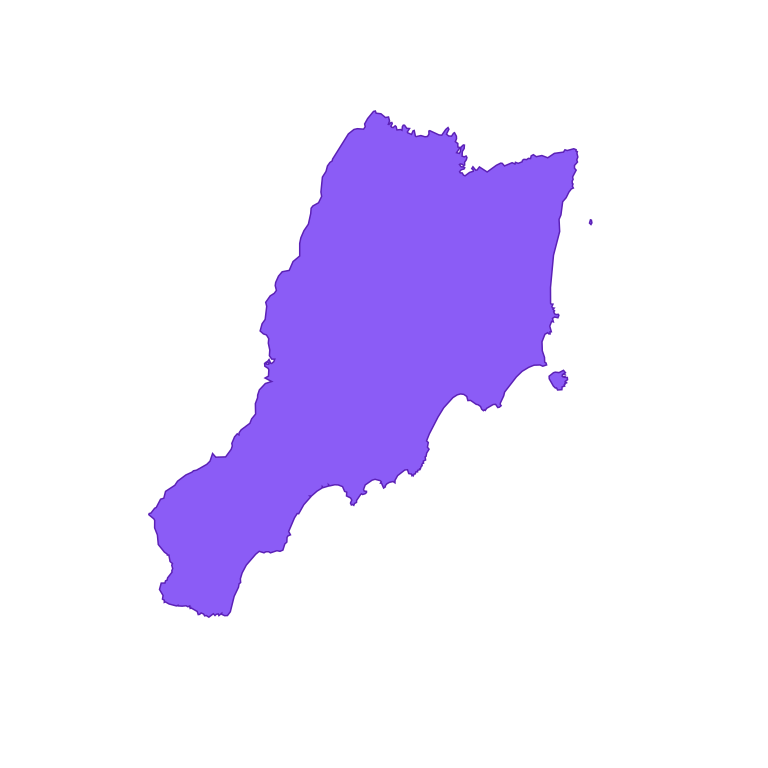 the district of Puerto Lopez, Manabi, Ecuador, rotated 210°
{"feature_id": "8360857B39062181944850", "entity_name": "Puerto Lopez", "entity_type": "district", "adm_level": 2, "iso_a3": "ECU", "parent_name": "Ecuador", "parent_adm1": "Manabi", "projection": "natural_earth1", "projection_center": [-80.786, -1.546], "detail": "fine", "context": "isolated", "style": "filled", "palette": "violet", "viewbox_px": 768, "rotation_deg": 210, "n_neighbors": 0, "source": "geoboundaries", "source_scale": "gbopen_adm2", "svg_char_len": 6145}
<svg xmlns="http://www.w3.org/2000/svg" viewBox="0 0 768 768"><g transform="rotate(210 384 384)"><path d="M403.2,109.9L407.6,125.2L408.4,135.3L409.6,138.4L408.9,140.4L411.0,143.5L412.4,149.5L412.7,158.3L410.0,172.4L408.4,176.7L403.5,177.8L402.5,179.6L400.0,181.1L397.9,181.0L393.4,186.1L390.4,187.1L388.5,189.6L389.9,195.8L389.1,198.5L391.3,202.7L391.2,204.5L389.6,206.6L392.8,208.6L394.6,223.3L394.4,228.4L393.0,229.0L393.1,239.4L391.0,249.7L392.2,249.9L390.8,250.8L388.4,257.8L385.6,263.0L386.2,264.3L384.9,263.8L380.9,268.0L381.7,269.0L380.1,268.6L376.3,272.1L373.2,273.7L368.6,274.4L364.4,271.3L362.2,271.7L360.5,268.3L356.0,268.6L353.9,267.4L353.5,264.1L351.8,262.9L351.0,263.9L349.5,263.8L349.8,265.8L348.6,267.7L349.5,269.4L349.0,276.6L348.5,277.7L347.3,277.6L345.5,279.5L344.9,281.2L345.5,282.3L347.6,281.4L349.0,282.5L349.8,287.2L346.2,294.8L344.1,297.0L339.0,298.4L337.5,298.0L337.5,296.4L336.5,296.8L332.3,293.7L331.4,295.6L332.0,296.5L331.6,299.0L330.1,301.6L327.3,304.1L325.1,303.9L326.3,306.1L326.4,311.5L323.0,319.9L320.8,321.5L317.8,318.8L315.3,319.7L314.1,318.7L314.0,319.4L312.8,319.0L312.9,321.1L312.0,321.8L312.4,323.9L311.0,324.7L311.7,326.0L310.1,327.8L310.7,328.4L310.1,328.8L310.6,331.3L310.1,332.3L311.0,333.2L310.8,335.0L310.2,335.2L311.4,336.9L310.0,339.0L311.9,341.4L311.4,342.4L312.5,345.5L312.4,350.1L314.8,351.0L316.4,355.5L318.7,356.0L319.8,363.5L320.7,382.5L320.4,393.3L317.5,406.7L315.1,411.3L312.7,413.7L309.7,414.9L306.1,414.6L303.1,411.6L300.8,413.1L294.0,412.5L292.1,413.1L289.2,412.8L286.8,411.0L284.6,410.6L284.2,411.7L283.1,411.7L282.9,414.3L279.2,420.8L277.2,422.2L273.7,420.5L272.5,421.6L271.7,423.8L273.2,424.5L273.7,425.7L274.4,433.6L275.5,437.3L272.9,456.4L270.7,464.1L267.0,470.8L263.5,475.3L258.4,478.5L255.4,478.8L252.7,481.8L254.1,483.2L255.8,483.3L258.3,487.3L263.5,491.9L268.3,499.6L269.5,507.5L267.9,510.3L266.3,509.8L265.2,510.4L266.3,512.1L265.2,512.9L269.4,517.0L270.1,522.1L268.4,522.5L270.9,525.0L269.8,527.3L266.5,528.3L266.9,531.0L267.9,531.5L269.9,530.1L271.4,530.1L273.2,531.4L272.9,532.6L275.0,533.2L274.6,534.8L276.2,534.2L277.3,534.9L277.6,537.6L279.3,536.8L280.1,537.2L288.0,550.7L301.6,580.3L308.1,603.9L314.7,614.1L315.3,618.9L320.4,631.2L319.4,636.4L319.8,642.7L319.3,646.6L318.0,648.4L319.8,649.5L320.3,651.7L321.0,651.6L322.5,653.8L322.5,655.7L324.2,657.6L324.5,665.3L326.9,666.1L328.3,668.5L327.4,673.0L329.1,674.4L329.6,677.5L332.4,680.4L332.7,681.9L334.3,681.8L334.8,683.0L337.3,682.6L342.1,677.8L344.4,677.3L344.5,674.6L351.8,668.9L355.3,661.8L361.5,660.8L365.8,657.0L369.3,657.3L370.6,655.2L369.8,652.5L371.8,651.6L372.6,649.7L375.2,648.5L375.9,647.0L375.5,645.5L378.1,642.2L381.0,641.7L380.6,640.0L383.7,639.7L388.7,633.1L392.0,634.2L393.4,633.6L396.0,629.7L400.7,619.2L409.9,619.7L410.4,615.9L411.4,615.0L415.6,616.6L415.7,614.4L413.7,614.0L413.1,612.8L415.7,610.0L417.9,604.8L419.6,604.6L421.8,605.9L423.5,605.0L424.7,605.6L424.2,608.2L422.2,610.2L422.2,611.7L423.3,611.9L425.9,610.7L428.4,611.8L427.9,612.8L426.0,613.4L424.4,613.0L423.6,613.9L425.1,616.4L424.8,619.3L425.4,621.6L426.9,622.5L428.1,620.8L430.3,620.4L432.4,624.5L432.3,628.0L433.8,631.1L434.8,630.7L435.8,627.6L434.1,623.3L434.1,621.3L436.8,620.6L436.5,626.7L438.6,626.2L440.3,629.2L443.4,629.5L443.8,632.6L445.2,634.8L448.6,636.9L449.2,635.9L449.4,632.4L452.0,631.1L454.8,631.6L455.2,637.1L456.8,638.1L457.8,635.3L458.4,628.3L461.0,627.2L471.0,626.3L471.6,625.5L470.0,622.8L470.1,620.1L472.1,618.6L476.3,617.6L479.9,614.3L480.8,614.4L484.6,618.7L485.4,617.8L485.0,613.9L489.0,613.4L489.8,613.9L489.6,618.0L492.1,616.8L495.6,618.4L496.7,617.8L496.8,616.2L495.3,612.7L497.0,612.6L499.8,610.5L502.2,613.0L503.4,613.2L504.3,610.7L505.6,610.2L506.9,610.7L507.0,613.5L507.9,614.4L508.7,613.9L509.5,611.2L510.1,611.0L510.7,614.6L513.6,617.5L516.0,615.5L521.8,616.5L526.2,614.6L528.0,616.1L529.4,614.8L530.9,605.7L530.8,599.5L528.9,597.4L529.1,594.5L534.7,591.8L537.3,589.4L539.9,582.8L541.0,553.0L540.4,551.4L541.6,548.8L542.0,544.6L540.5,539.1L540.8,532.4L534.6,518.7L531.8,515.3L531.3,508.2L534.6,502.7L535.0,499.8L532.7,495.0L529.4,484.6L530.0,476.7L529.1,469.0L527.3,463.6L521.0,452.7L524.0,444.6L522.9,435.0L528.3,430.3L529.3,424.7L528.6,417.8L527.4,414.8L524.0,411.3L524.4,407.6L526.6,403.5L527.3,395.6L524.4,392.6L519.2,380.5L519.7,375.2L517.8,368.0L513.5,367.1L510.3,367.7L506.5,365.6L504.6,361.5L499.9,356.3L497.4,351.2L493.7,349.4L491.0,350.9L490.6,348.1L491.6,345.6L492.5,345.3L495.8,347.7L496.2,344.6L493.9,344.6L493.7,343.4L495.8,342.4L497.0,343.9L497.7,342.1L496.1,339.8L492.1,339.6L490.8,338.6L488.0,333.1L490.0,329.7L482.5,330.0L487.0,325.1L489.0,316.6L487.9,311.3L486.6,308.8L485.6,302.7L480.2,293.8L481.2,287.6L480.5,282.9L484.8,272.9L485.1,269.5L484.2,267.4L486.2,267.5L487.0,263.5L486.1,256.5L484.4,254.5L483.7,251.1L484.7,241.7L493.1,236.5L497.7,238.1L496.1,230.2L497.3,225.8L503.3,215.6L505.6,213.6L506.3,211.5L510.1,206.2L514.2,196.6L514.5,191.7L519.5,181.8L517.6,175.0L519.9,172.5L519.5,163.2L520.5,161.7L521.3,155.7L522.6,154.4L522.3,153.2L515.8,152.1L514.4,151.2L510.7,144.7L504.8,140.0L499.2,132.1L490.1,128.6L486.9,128.3L486.1,127.5L484.8,128.3L480.5,123.3L477.4,122.7L477.2,120.9L474.7,118.5L474.4,116.2L473.5,115.0L474.5,108.0L473.8,105.7L474.8,104.3L474.2,102.1L477.4,100.2L475.7,93.8L469.6,90.4L468.3,86.9L466.1,86.9L465.1,85.0L464.3,86.0L460.2,86.0L452.8,88.0L451.7,89.4L451.3,88.9L447.7,90.7L444.5,93.0L442.6,93.0L441.3,94.6L440.8,93.6L439.9,93.9L439.6,92.8L438.5,93.6L432.0,93.6L429.6,91.4L428.5,92.3L427.9,94.3L425.2,94.6L423.4,93.5L422.2,94.6L419.1,94.5L416.9,99.7L414.6,99.0L414.1,100.7L412.6,102.0L411.2,100.9L409.9,104.3L409.4,103.4L406.1,103.7L403.8,105.2L403.2,109.9ZM232.6,466.9L230.7,465.6L227.1,468.0L228.3,470.6L226.5,472.5L227.5,473.2L227.1,474.2L227.7,474.9L226.0,476.8L227.6,476.0L228.4,476.8L227.2,479.5L228.5,481.3L231.1,480.0L231.1,481.2L232.9,479.6L233.7,479.9L234.2,481.5L232.4,482.9L233.3,483.1L232.5,484.5L235.4,485.6L238.1,481.4L241.6,479.9L242.9,478.5L244.9,473.3L243.5,471.1L236.3,466.9L233.6,466.2L232.6,466.9ZM287.3,629.4L286.5,626.1L284.5,625.6L284.5,627.5L286.3,629.6L287.3,629.4Z" fill="#8b5cf6" stroke="#5b21b6" stroke-width="1.5"/></g></svg>